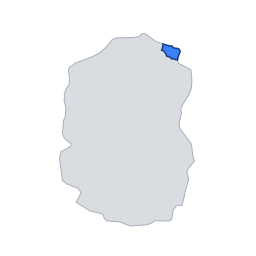 where Novo Selo sits in North Macedonia, rotated 287°
{"feature_id": "MKD-2999", "entity_name": "Novo Selo", "entity_type": "Statistical Region", "adm_level": 1, "iso_a3": "MKD", "parent_name": "North Macedonia", "parent_adm1": "", "projection": "orthographic", "projection_center": [22.854, 41.429], "detail": "fine", "context": "in_parent", "style": "filled", "palette": "blue", "viewbox_px": 256, "rotation_deg": 287, "n_neighbors": 0, "source": "natural_earth", "source_scale": "10m", "svg_char_len": 1714}
<svg xmlns="http://www.w3.org/2000/svg" viewBox="0 0 256 256"><g transform="rotate(287 128 128)"><path d="M116.8,64.2L120.9,64.8L129.9,62.4L135.4,58.9L138.3,58.4L142.0,57.1L147.4,57.4L152.9,59.0L159.9,57.0L166.7,53.8L169.5,54.6L172.4,57.4L174.4,58.2L185.6,73.0L191.8,79.1L199.2,83.6L207.6,86.9L210.6,90.1L215.9,105.9L218.5,111.8L222.1,113.6L222.9,115.3L223.1,117.6L219.1,128.7L217.5,153.5L216.5,155.5L212.2,155.4L206.6,155.9L204.5,157.8L202.2,171.1L193.1,174.9L184.9,177.0L177.9,176.5L165.7,173.3L161.7,172.9L158.3,174.7L147.4,175.5L142.6,177.8L131.2,193.3L119.7,198.5L115.8,201.2L107.1,197.6L102.9,197.2L96.8,201.1L83.6,201.2L80.0,201.8L69.8,202.2L69.4,200.1L67.6,196.9L62.9,195.3L53.1,196.4L50.8,194.0L47.2,180.7L44.1,178.5L40.7,173.9L35.2,159.4L35.3,153.1L35.8,147.6L32.9,134.6L35.0,131.4L38.1,129.4L38.3,124.2L37.6,116.3L41.6,100.9L42.6,99.8L43.5,100.6L52.1,102.0L54.3,100.1L55.8,97.1L56.6,85.8L58.7,80.6L79.7,71.1L85.8,70.9L90.4,75.5L94.0,78.5L96.3,78.5L97.1,75.5L99.8,69.9L104.1,66.7L116.7,64.2L116.8,64.2Z" fill="#d9dde1" stroke="#a8b0b8" stroke-width="1"/><path d="M216.5,155.5L209.7,155.0L207.6,155.4L207.5,155.2L207.4,155.0L207.4,154.5L207.3,152.6L207.4,151.1L207.3,150.1L207.0,149.8L206.8,149.6L206.8,149.4L206.9,149.1L207.2,148.8L207.5,148.6L207.8,148.4L207.9,147.8L208.0,147.2L208.0,146.0L208.0,145.1L207.9,144.3L208.3,143.8L208.9,143.4L209.3,143.1L210.1,142.4L210.8,141.6L211.1,140.9L211.6,140.3L212.0,140.0L212.2,139.2L212.2,138.0L212.1,137.5L212.6,137.5L214.5,137.5L217.2,137.3L217.8,137.0L218.5,136.9L218.7,143.8L218.8,144.3L219.2,145.3L219.3,145.9L219.1,146.4L218.3,147.4L218.0,148.1L218.2,150.2L218.6,152.3L218.3,154.1L216.5,155.5Z" fill="#3b82f6" stroke="#1e3a8a" stroke-width="1.5"/></g></svg>